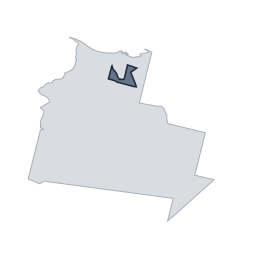 location of Akjoujt, Inchiri, Mauritania, rotated 104°
{"feature_id": "47542326B26316239883363", "entity_name": "Akjoujt", "entity_type": "district", "adm_level": 2, "iso_a3": "MRT", "parent_name": "Mauritania", "parent_adm1": "Inchiri", "projection": "robinson", "projection_center": [-14.718, 19.947], "detail": "fine", "context": "in_parent", "style": "filled", "palette": "slate", "viewbox_px": 256, "rotation_deg": 104, "n_neighbors": 0, "source": "geoboundaries", "source_scale": "gbopen_adm2", "svg_char_len": 3525}
<svg xmlns="http://www.w3.org/2000/svg" viewBox="0 0 256 256"><g transform="rotate(104 128 128)"><path d="M111.1,223.0L110.8,222.9L109.4,221.8L108.7,220.5L107.6,219.5L106.0,218.8L105.0,218.1L104.5,217.2L103.9,216.7L103.3,216.4L103.3,216.1L103.4,215.6L103.3,214.9L102.4,213.1L101.5,212.4L100.8,212.5L100.4,212.3L100.1,211.9L100.0,211.3L99.5,210.8L98.7,210.6L98.0,209.4L97.5,207.0L96.8,205.2L95.9,203.9L95.3,203.4L94.9,203.3L94.8,203.1L94.6,202.7L94.0,202.6L93.1,203.0L92.3,202.8L91.9,202.2L91.3,202.1L90.6,202.7L89.8,202.5L89.0,201.7L88.5,200.8L88.4,200.0L86.9,198.4L84.0,195.9L80.9,194.7L77.5,194.9L75.6,194.8L75.2,194.4L74.8,194.4L74.4,194.9L74.0,195.0L73.5,194.7L73.2,194.9L73.1,195.5L71.9,195.9L69.6,195.9L67.8,196.3L66.4,197.0L64.4,197.3L61.9,197.2L60.3,197.0L59.8,196.5L59.1,196.4L58.1,196.6L57.3,197.9L56.5,200.1L55.9,201.3L55.4,201.6L54.9,203.3L54.6,206.0L54.2,207.2L54.2,200.4L54.9,197.8L55.1,195.6L56.7,190.6L58.6,186.5L60.3,181.1L61.0,175.9L60.8,170.7L60.3,166.2L59.4,163.2L58.6,158.8L57.3,156.5L55.1,154.5L54.6,153.3L55.1,152.9L56.5,152.6L57.4,151.0L55.5,151.6L57.7,146.8L58.3,143.5L58.2,141.4L58.6,140.1L57.0,137.2L55.8,133.6L55.1,133.0L54.4,132.7L54.4,133.5L54.0,134.3L53.2,133.8L51.8,131.2L49.9,126.9L49.2,126.5L48.6,127.1L48.2,127.6L47.6,131.2L47.4,129.8L47.6,128.1L48.1,126.1L48.7,123.2L50.4,123.2L53.4,123.2L59.5,123.2L62.5,123.2L68.6,123.2L71.7,123.2L77.7,123.2L80.8,123.2L86.8,123.1L89.9,123.1L96.0,123.1L99.0,123.1L101.0,123.1L100.9,121.1L100.8,119.5L100.6,117.3L100.5,115.2L100.4,113.0L100.3,111.0L100.1,108.9L100.0,107.1L99.9,105.3L99.7,104.3L99.1,102.4L99.0,101.4L99.1,100.4L99.6,99.4L100.7,97.6L102.5,96.3L104.6,94.7L106.1,93.5L106.9,93.2L109.4,92.8L111.3,91.8L113.2,91.0L114.0,90.5L114.1,88.8L113.9,51.8L123.2,51.8L125.7,51.8L142.8,51.8L145.2,51.8L157.7,51.8L157.6,50.0L157.6,47.5L157.5,44.1L157.5,40.6L157.4,34.6L157.4,32.0L159.9,33.7L164.8,37.1L167.3,38.8L172.3,42.2L177.3,45.6L182.3,48.9L184.8,50.6L187.3,52.3L189.8,54.0L192.3,55.7L197.3,59.1L199.4,60.5L202.6,62.8L205.6,64.9L208.6,67.1L204.0,67.1L197.9,67.1L193.7,67.1L189.4,67.1L185.3,67.1L185.7,70.6L186.2,74.4L186.6,78.2L187.0,82.0L187.4,85.8L188.7,97.2L189.2,101.0L189.6,104.8L190.0,108.6L190.4,112.4L191.3,120.1L191.7,123.9L192.2,127.7L192.6,131.5L193.0,135.3L193.4,139.1L194.3,146.7L194.7,150.5L195.2,154.3L195.6,158.1L196.0,161.9L196.4,165.7L196.9,169.5L197.3,173.4L198.1,181.0L198.6,184.8L199.0,188.6L199.4,192.4L199.8,196.1L201.4,198.0L203.5,200.4L202.9,203.9L202.3,208.0L201.6,212.5L196.0,212.5L190.6,212.5L176.9,212.5L174.2,212.5L160.6,212.5L157.8,212.5L152.6,212.5L151.0,212.4L150.5,212.0L150.2,209.7L149.8,209.9L149.2,210.5L148.9,211.3L149.0,212.3L149.0,213.1L147.2,213.4L144.9,213.9L142.4,214.4L139.8,214.2L139.0,214.0L138.1,213.7L136.1,213.4L135.0,213.4L133.7,213.4L132.3,213.6L131.8,214.0L130.7,215.8L129.6,217.8L128.9,217.8L128.1,216.7L125.9,214.6L123.3,211.9L122.1,210.5L121.5,210.3L120.2,211.3L119.1,212.2L118.0,213.6L117.5,214.8L117.1,216.3L116.9,218.1L116.5,220.2L115.6,221.8L114.6,223.1L113.8,223.7L113.4,224.0L111.1,223.0ZM56.5,148.0L55.6,149.5L55.2,149.0L55.1,148.0L55.8,146.6L56.2,145.9L56.9,145.6L56.5,148.0Z" fill="#d9dde1" stroke="#a8b0b8" stroke-width="1"/><path d="M71.5,158.6L71.8,158.7L81.2,158.8L85.1,158.9L85.3,152.2L86.1,149.9L86.2,143.9L86.4,132.7L86.0,129.8L83.6,131.4L82.4,132.2L73.3,138.8L67.7,134.0L67.2,140.0L66.9,143.8L81.4,143.5L82.7,146.4L82.3,147.3L83.0,148.3L82.0,149.2L79.5,151.5L79.2,151.6L78.2,151.9L75.7,154.9L74.8,156.5L71.5,158.6Z" fill="#64748b" stroke="#1e293b" stroke-width="1.5"/></g></svg>